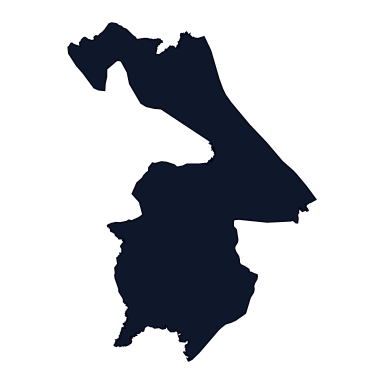 Bueng Khong Long, Bueng Kan, Thailand (Albers equal-area conic projection)
{"feature_id": "78962969B81717267751176", "entity_name": "Bueng Khong Long", "entity_type": "district", "adm_level": 2, "iso_a3": "THA", "parent_name": "Thailand", "parent_adm1": "Bueng Kan", "projection": "albers", "projection_center": [104.048, 18.031], "detail": "fine", "context": "isolated", "style": "filled", "palette": "ink", "viewbox_px": 384, "rotation_deg": 0, "n_neighbors": 0, "source": "geoboundaries", "source_scale": "gbopen_adm2", "svg_char_len": 5963}
<svg xmlns="http://www.w3.org/2000/svg" viewBox="0 0 384 384"><path d="M315.8,199.4L306.2,186.4L296.1,174.3L293.2,171.2L282.3,161.6L266.5,143.0L249.4,125.0L230.8,102.7L225.4,95.1L222.5,89.1L218.8,79.0L210.6,50.7L204.0,36.8L197.5,38.8L196.0,38.2L194.9,38.6L193.6,37.4L191.3,38.0L191.4,36.7L189.5,35.2L189.7,34.1L188.4,35.1L186.6,32.1L185.8,32.6L186.0,33.5L185.2,33.4L183.7,35.3L183.1,33.5L182.2,34.0L181.3,33.6L180.7,34.1L180.7,35.3L181.4,35.2L181.9,36.0L180.9,36.3L181.2,37.7L180.7,38.1L181.1,38.7L180.6,38.8L179.4,41.2L178.4,42.0L178.9,43.6L178.4,44.6L179.1,45.3L178.0,45.5L178.7,46.3L177.2,46.3L177.4,47.8L176.7,47.5L176.2,48.1L174.5,48.4L173.9,46.7L172.2,46.3L171.4,46.7L170.2,46.1L169.6,46.6L169.5,47.6L168.5,47.8L167.9,48.9L166.6,49.5L165.5,49.4L165.4,50.5L164.3,51.8L162.3,52.5L159.5,54.8L156.2,54.7L155.8,54.4L155.6,52.6L156.3,51.0L156.1,49.5L156.8,48.9L156.1,47.7L156.6,47.1L156.1,47.2L156.2,46.3L157.7,45.3L158.2,44.4L159.1,44.4L159.6,43.7L159.5,43.1L160.2,42.9L160.4,42.4L162.2,42.1L161.9,40.9L160.6,40.8L160.0,39.3L157.5,39.0L156.4,39.7L154.7,39.5L154.0,40.1L152.4,39.6L151.5,39.9L151.1,39.2L149.0,39.5L148.9,39.0L146.7,38.5L145.2,39.0L144.8,38.5L136.6,39.7L135.0,37.2L132.9,35.8L126.3,29.4L122.6,27.9L121.5,26.5L118.8,25.7L116.6,23.9L111.6,23.0L109.1,23.9L104.9,29.9L102.3,32.7L100.1,34.1L98.9,35.8L97.7,36.2L95.9,35.8L94.4,36.9L94.1,37.5L94.9,39.3L94.6,39.8L91.6,40.8L89.6,39.9L88.7,40.1L85.2,37.5L83.7,37.8L81.5,40.0L81.1,41.7L79.9,42.3L79.7,43.5L80.4,46.2L78.6,46.3L73.2,44.4L72.3,43.4L71.1,43.3L69.3,46.5L68.2,47.2L68.8,53.5L76.8,65.8L83.0,72.8L94.1,87.8L98.7,89.8L104.6,90.4L105.0,83.6L106.5,76.9L106.5,69.1L116.4,60.7L117.8,60.2L120.6,60.7L121.6,61.7L127.4,72.2L129.7,83.8L141.0,103.1L146.3,106.3L154.5,108.2L161.0,108.7L210.3,141.3L210.3,143.3L209.7,143.4L210.2,143.9L211.1,143.9L211.3,143.3L212.0,143.8L211.5,144.4L212.4,145.7L211.8,147.6L213.0,147.7L212.9,148.2L213.5,148.4L212.5,148.7L212.2,149.8L213.4,149.6L213.8,148.9L213.8,149.5L214.5,149.3L214.3,150.1L213.7,150.2L213.7,151.0L214.6,151.3L214.2,151.5L214.7,151.9L214.6,153.8L215.6,154.5L214.7,155.9L215.0,156.2L214.4,156.8L213.9,156.6L214.1,157.3L213.3,158.9L211.9,158.1L211.3,159.2L212.1,159.8L211.0,160.0L211.4,160.8L210.5,160.7L210.8,161.1L209.4,160.7L208.7,161.1L208.8,162.2L207.5,162.9L207.5,164.1L205.5,163.5L199.4,164.2L186.9,164.2L183.1,166.1L177.0,167.3L174.1,164.9L166.7,162.5L161.6,161.9L155.0,163.7L152.5,163.1L148.9,167.6L148.7,171.3L146.4,172.8L143.8,175.7L142.3,178.3L137.0,182.9L132.3,193.8L139.6,202.0L142.8,214.1L142.7,214.9L139.1,217.6L132.4,220.7L131.1,220.9L128.7,220.2L126.8,221.5L123.1,222.3L119.8,222.9L115.9,222.6L111.8,223.5L108.7,224.7L108.9,225.4L108.1,225.1L107.5,225.6L107.8,226.6L109.2,226.5L109.3,227.8L110.0,227.8L110.6,229.0L110.7,231.0L112.7,232.0L113.2,231.6L113.6,232.6L115.0,233.0L115.6,235.5L118.1,237.3L118.8,238.7L120.2,238.8L121.0,238.1L121.9,238.2L121.9,238.7L122.3,238.6L123.0,239.3L122.6,240.2L123.1,240.9L123.9,240.7L124.7,241.5L124.4,242.2L123.6,242.1L123.5,242.9L122.3,243.8L121.7,245.2L121.2,245.3L120.7,246.7L121.6,247.2L121.5,247.9L122.2,248.7L121.9,251.0L122.4,251.6L121.9,252.7L121.0,253.5L120.0,253.3L120.3,255.2L118.5,256.1L118.4,257.0L116.9,257.9L117.8,263.9L114.9,267.9L115.5,272.9L114.9,275.4L115.3,278.3L118.9,288.7L119.0,291.6L123.1,298.1L123.7,300.5L123.5,301.7L125.3,303.6L126.0,303.0L126.6,303.3L126.9,304.9L126.4,305.3L128.0,306.3L128.7,308.1L128.0,309.4L127.4,309.4L127.5,310.6L126.5,311.0L126.5,311.8L125.8,312.1L126.3,313.2L125.7,313.4L126.1,313.8L125.8,314.5L126.4,314.4L125.8,315.4L126.3,316.4L127.4,316.5L127.8,319.0L126.9,319.1L127.2,319.9L126.4,321.1L126.7,321.8L126.1,322.0L126.1,322.5L125.2,322.4L125.2,323.3L123.4,323.7L123.5,324.3L125.1,325.0L124.4,325.7L124.3,327.1L125.2,328.2L122.4,327.8L122.4,328.9L122.9,329.1L122.5,329.6L122.0,329.2L121.9,330.8L121.5,330.8L121.5,331.7L120.5,333.0L121.0,334.6L120.8,335.4L120.1,335.3L120.2,335.9L119.5,335.9L119.6,338.5L118.4,338.6L117.4,339.8L115.9,340.0L116.4,340.6L115.5,342.6L115.7,343.4L114.6,344.4L114.3,345.5L116.4,346.3L117.3,345.6L119.2,345.7L119.9,345.9L120.0,346.4L122.5,345.5L123.4,345.9L123.8,345.4L125.4,345.7L125.3,344.9L126.4,345.5L128.9,344.5L129.8,343.4L130.5,343.4L131.5,341.8L131.2,340.1L130.4,340.3L130.0,339.6L130.1,338.8L130.4,339.0L131.3,338.3L131.1,338.0L132.1,337.8L131.1,336.8L131.3,336.2L134.4,336.4L134.9,335.5L136.4,335.3L135.4,334.0L136.1,333.7L136.2,332.7L136.7,332.7L136.9,333.5L139.0,333.3L139.4,332.2L140.0,332.3L141.1,330.7L142.4,331.2L143.5,331.0L144.3,328.0L145.3,326.8L147.2,325.7L148.6,325.6L150.8,326.6L152.2,326.4L154.4,328.0L159.1,327.4L161.5,328.6L162.6,328.3L162.6,328.9L165.3,328.3L165.3,326.4L166.0,326.7L165.9,326.0L167.1,326.7L168.4,329.4L170.6,331.5L174.3,331.6L176.1,330.3L177.9,332.0L178.2,333.8L180.0,332.4L181.1,333.0L181.5,335.0L178.6,336.0L180.1,339.0L179.3,340.3L180.1,341.4L185.2,341.8L186.5,340.2L187.2,339.9L187.9,340.2L188.6,341.6L188.3,342.6L188.9,343.4L185.6,345.4L185.4,346.1L185.4,347.3L186.4,348.0L185.9,349.1L186.3,351.8L185.3,352.7L184.0,352.0L183.8,352.3L185.7,354.7L186.6,354.5L186.3,355.3L189.4,356.4L189.3,357.4L188.5,358.1L189.2,358.9L188.4,359.5L187.5,359.0L188.3,360.7L188.7,361.0L192.0,359.2L199.0,352.4L218.5,329.7L221.7,326.8L225.7,323.7L231.0,322.2L235.7,320.0L245.4,313.2L250.2,297.4L253.4,292.3L254.0,289.2L253.5,286.0L254.6,282.8L256.7,279.2L257.3,276.0L256.9,274.7L254.4,274.0L251.3,272.4L249.4,272.2L248.7,269.3L244.9,266.8L240.5,264.7L239.3,262.6L239.2,259.5L238.4,256.2L235.7,252.0L234.5,248.7L234.7,246.4L237.3,242.3L237.7,239.9L236.2,229.7L233.2,226.4L233.3,220.9L233.7,220.0L234.6,219.4L238.9,219.1L267.3,222.0L290.9,220.8L292.8,220.1L296.0,222.7L297.5,222.8L298.0,218.7L297.3,214.5L298.5,212.8L298.2,212.2L299.1,208.3L300.0,208.9L300.4,208.1L301.1,208.4L301.1,210.3L302.5,211.3L306.0,209.8L306.5,210.9L307.8,210.8L308.1,210.3L307.0,208.4L305.5,206.7L306.1,205.9L305.4,205.1L308.3,203.4L308.9,202.5L310.2,202.5L315.8,199.4Z" fill="#0f172a" stroke="#020617" stroke-width="1.5"/></svg>